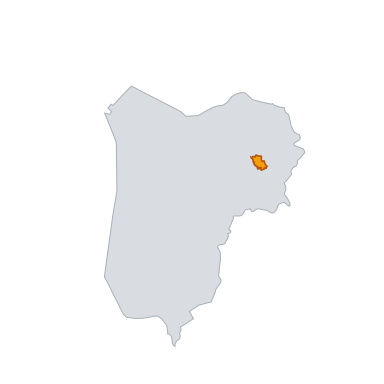 Dibis, At-Ta'mim, Iraq (highlighted), rotated 58°
{"feature_id": "34846034B21026183347642", "entity_name": "Dibis", "entity_type": "district", "adm_level": 2, "iso_a3": "IRQ", "parent_name": "Iraq", "parent_adm1": "At-Ta'mim", "projection": "robinson", "projection_center": [44.143, 35.661], "detail": "fine", "context": "in_parent", "style": "filled", "palette": "amber", "viewbox_px": 384, "rotation_deg": 58, "n_neighbors": 0, "source": "geoboundaries", "source_scale": "gbopen_adm2", "svg_char_len": 5123}
<svg xmlns="http://www.w3.org/2000/svg" viewBox="0 0 384 384"><g transform="rotate(58 192 192)"><path d="M159.7,76.8L162.1,76.2L166.5,72.6L169.1,69.3L169.9,69.0L172.2,70.1L173.8,70.4L177.7,69.1L179.9,69.8L181.8,70.6L182.9,70.7L188.0,72.8L189.3,73.0L191.9,73.3L195.8,73.4L198.4,72.0L200.1,70.7L201.4,70.8L202.6,71.1L203.6,71.6L204.5,72.6L204.9,74.0L204.7,78.5L205.1,79.6L205.8,80.5L206.7,80.6L207.8,79.7L209.6,78.3L211.9,76.7L213.7,75.3L214.6,74.8L216.2,74.9L217.7,75.1L218.5,75.8L218.5,76.0L219.3,78.1L221.4,85.9L222.5,86.9L223.8,87.7L224.8,88.9L225.1,90.1L225.0,91.9L225.1,94.0L225.6,95.6L226.4,96.8L227.1,97.4L228.1,97.5L229.4,97.8L230.2,99.0L233.0,107.9L233.3,109.1L234.4,109.4L236.3,109.3L238.2,110.2L240.2,111.6L242.2,114.4L243.5,114.8L247.5,114.4L253.1,114.8L255.7,116.2L255.4,117.1L253.4,118.1L249.9,119.2L248.9,121.1L248.3,123.6L248.4,125.0L249.3,126.5L251.8,129.6L252.0,130.7L252.4,132.2L252.9,133.3L252.4,135.3L250.2,136.7L247.2,138.2L241.2,145.0L240.8,146.5L240.8,150.5L240.3,151.7L238.4,151.7L236.9,151.5L236.8,152.9L235.9,154.8L235.3,156.4L237.6,160.3L238.0,162.3L237.6,164.2L235.6,167.4L234.4,169.6L234.7,170.1L236.3,170.9L241.3,178.0L242.9,180.5L245.0,179.8L245.8,179.9L246.4,180.3L246.8,181.1L246.8,182.2L246.3,183.8L248.9,184.4L249.9,186.0L253.1,191.5L253.0,193.2L251.5,195.8L251.5,197.5L251.8,199.1L252.3,199.6L256.9,199.8L258.9,200.4L263.7,203.3L269.2,207.6L273.7,211.1L277.5,214.1L281.6,213.9L282.7,214.5L283.7,215.4L284.9,217.9L287.3,223.5L289.3,225.4L292.5,229.9L295.4,234.1L293.5,239.8L291.7,245.7L291.8,253.4L291.9,257.5L295.8,257.7L300.2,257.9L300.3,262.8L300.4,267.8L300.5,273.5L301.7,273.7L303.8,274.9L304.7,276.7L305.8,277.7L307.1,277.9L308.5,278.8L309.8,280.4L310.3,281.7L309.9,282.5L310.2,284.0L311.2,286.1L312.3,287.1L314.0,288.4L311.7,289.1L309.2,288.5L303.8,286.0L302.1,286.0L299.8,286.9L299.7,287.8L294.0,285.0L292.0,284.4L291.3,284.4L288.0,284.4L283.4,284.9L280.7,286.0L278.8,287.2L278.0,288.4L277.7,289.0L276.3,292.5L274.6,296.9L272.8,301.0L269.4,306.6L267.5,309.2L263.5,314.0L259.1,315.0L248.8,314.0L237.5,313.0L226.2,311.9L217.8,311.2L217.1,310.9L208.8,304.0L202.2,298.5L194.0,291.7L185.7,284.8L177.2,277.7L171.1,272.6L163.6,266.0L156.9,260.0L151.5,255.2L144.7,251.1L139.3,247.8L131.6,243.1L125.3,239.3L120.0,236.1L111.9,231.1L109.1,229.8L100.6,228.1L92.6,226.7L84.2,225.3L78.7,224.3L82.4,220.8L81.3,217.6L78.6,218.2L76.2,218.9L74.7,214.0L76.7,213.4L75.0,206.9L73.3,200.3L71.7,193.9L70.0,187.3L77.1,183.1L82.4,180.0L89.8,175.6L96.9,171.3L103.7,167.3L111.2,162.8L117.9,158.9L124.0,157.2L125.3,156.0L128.1,150.6L130.5,145.9L130.6,144.8L130.7,138.3L131.2,130.6L132.0,126.4L133.4,122.8L134.7,120.1L134.8,117.7L134.7,115.1L133.4,111.3L132.1,107.4L132.3,103.5L132.6,101.5L133.5,98.2L134.9,95.8L136.5,94.3L142.2,92.8L145.6,91.9L150.2,87.6L152.9,85.1L156.7,81.1L159.5,78.2L159.7,77.2L159.7,76.8Z" fill="#d9dde1" stroke="#a8b0b8" stroke-width="1"/><path d="M202.7,124.5L202.9,124.3L203.0,124.1L203.1,123.9L203.4,123.9L203.8,124.0L204.1,124.1L204.4,124.1L204.6,123.9L204.6,123.7L204.6,123.4L204.8,123.4L205.0,123.5L205.3,123.5L205.7,123.5L206.0,123.5L206.2,123.2L206.3,123.1L206.7,123.4L206.8,123.8L206.8,124.0L207.2,124.1L207.4,124.0L207.4,123.6L207.5,123.2L208.0,122.7L208.1,122.4L208.2,122.2L208.1,121.9L207.7,121.7L207.4,121.7L207.8,121.4L207.6,121.1L207.8,120.8L207.8,120.5L208.0,120.5L208.3,120.8L208.4,121.1L208.7,121.2L208.8,121.4L209.3,121.5L209.6,121.5L209.9,121.6L210.1,121.7L210.4,121.5L210.4,121.3L210.3,121.2L210.2,121.1L210.3,121.0L210.3,120.7L210.3,120.4L210.4,120.1L210.5,120.0L210.6,119.7L210.5,119.3L210.5,119.1L210.6,118.9L210.8,118.7L210.7,118.4L210.6,118.2L210.3,118.0L210.1,118.0L210.1,117.8L210.3,117.5L210.5,117.4L210.9,117.1L211.1,116.9L211.1,116.5L211.1,116.4L210.9,116.2L210.7,116.1L210.3,116.1L210.2,115.8L210.2,115.4L210.2,115.1L210.0,114.7L209.8,114.9L209.5,115.1L208.6,114.9L207.6,115.3L207.1,115.2L206.8,115.1L206.7,115.1L206.2,114.9L205.8,114.9L205.5,114.9L205.2,114.7L204.8,114.5L204.5,114.4L204.1,114.3L203.8,114.4L203.6,114.5L203.6,114.9L203.6,115.3L203.6,115.6L203.6,115.9L203.5,116.1L203.4,116.2L203.1,116.0L202.6,116.1L202.4,116.2L202.2,116.3L201.9,116.3L201.8,116.2L201.5,116.0L201.2,115.9L200.9,115.8L200.5,115.5L200.2,115.4L199.9,115.1L199.6,114.9L199.4,114.7L199.0,114.4L198.6,114.2L198.3,114.5L197.7,114.9L197.7,115.3L197.6,115.5L197.4,115.8L197.0,116.1L196.6,116.4L196.3,116.8L196.2,116.9L196.2,117.1L196.0,117.4L195.9,117.6L195.7,117.6L195.4,117.7L195.1,117.8L194.9,117.8L194.7,117.9L194.5,118.3L194.9,118.7L195.2,119.1L195.4,119.5L195.7,120.1L194.8,120.8L194.3,121.2L194.2,121.3L194.2,121.6L194.3,121.9L194.3,122.4L194.2,123.0L194.1,123.3L193.7,123.5L194.0,123.6L194.3,123.6L194.6,123.5L194.8,123.6L195.0,123.7L195.3,123.6L195.4,123.3L195.7,123.1L195.8,123.0L196.0,122.9L196.6,123.1L196.7,123.3L197.0,123.4L197.5,123.3L198.3,124.0L198.6,124.1L198.8,123.9L199.1,123.6L199.5,123.4L199.8,123.5L200.0,123.9L200.1,124.2L200.3,124.3L200.5,124.2L200.7,124.4L200.9,124.4L201.2,124.3L201.3,124.2L201.5,124.3L201.6,124.6L201.8,124.8L202.0,124.8L202.1,124.7L202.4,124.6L202.5,124.5L202.7,124.5Z" fill="#f59e0b" stroke="#b45309" stroke-width="1.5"/></g></svg>